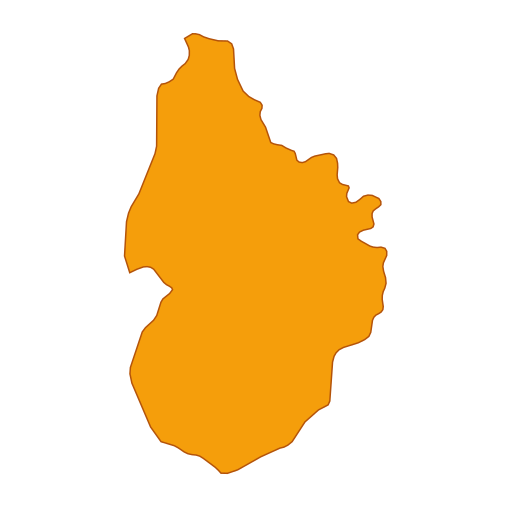 outline of Salaj, rotated 273°
{"feature_id": "ROU-300", "entity_name": "Salaj", "entity_type": "County", "adm_level": 1, "iso_a3": "ROU", "parent_name": "Romania", "parent_adm1": "", "projection": "mercator", "projection_center": [23.232, 47.144], "detail": "fine", "context": "isolated", "style": "filled", "palette": "amber", "viewbox_px": 512, "rotation_deg": 273, "n_neighbors": 0, "source": "natural_earth", "source_scale": "10m", "svg_char_len": 2214}
<svg xmlns="http://www.w3.org/2000/svg" viewBox="0 0 512 512"><g transform="rotate(273 256 256)"><path d="M469.5,173.3L474.6,180.9L474.7,184.1L474.1,187.9L472.1,192.2L470.5,197.9L468.9,207.0L469.2,216.3L466.6,220.6L461.6,222.7L442.2,224.8L431.4,228.3L420.0,234.5L414.9,240.4L412.0,246.1L409.7,252.2L406.9,254.2L403.8,254.2L400.4,252.7L396.7,252.5L392.5,253.8L385.1,258.8L370.1,264.8L368.9,267.8L368.2,271.7L367.8,275.9L365.4,280.4L363.3,285.9L362.6,288.5L360.5,289.8L353.8,291.8L352.0,294.2L351.7,297.4L352.8,300.5L357.3,306.2L358.8,309.4L361.7,320.0L362.3,323.7L361.0,328.3L357.7,331.3L352.9,332.6L348.6,333.0L341.2,332.8L337.3,333.4L333.5,335.6L332.0,338.5L330.8,344.6L328.9,345.4L323.3,343.4L320.0,343.3L315.2,345.5L313.8,348.8L314.9,353.0L317.9,356.7L321.3,360.2L322.7,364.6L322.6,368.9L319.8,375.7L316.9,377.8L313.8,378.0L311.5,375.9L309.4,373.1L307.2,370.7L304.5,369.7L301.0,369.9L294.1,372.1L291.2,371.4L289.5,369.2L287.4,361.9L285.3,358.1L282.5,356.3L278.5,356.9L276.3,360.3L271.9,369.2L271.0,372.6L270.8,376.5L271.4,380.4L270.4,384.4L267.5,386.3L263.4,386.5L255.9,383.6L252.2,383.2L247.5,384.2L241.1,386.5L235.5,387.3L230.7,386.3L227.1,384.9L223.3,384.2L219.3,384.3L212.2,385.7L209.1,385.5L206.6,383.9L204.9,381.6L203.3,378.9L201.0,376.9L197.9,375.7L185.8,374.6L181.6,372.9L178.2,368.9L174.7,362.7L169.3,348.2L166.7,343.8L163.5,341.0L159.9,339.2L154.1,338.0L115.0,337.3L111.1,335.8L105.6,326.5L92.9,313.6L72.5,301.8L68.8,297.7L66.6,293.9L65.4,289.9L55.7,271.2L41.5,248.9L37.5,238.9L37.3,232.4L40.0,229.7L42.9,226.3L51.2,213.9L53.2,210.3L54.1,206.6L54.3,202.5L55.0,198.3L56.6,194.5L60.4,188.3L62.3,184.3L65.6,170.9L79.7,159.7L122.6,138.7L131.7,136.3L138.1,136.4L174.2,146.4L178.7,149.4L186.5,157.1L191.4,160.0L204.9,163.5L208.3,165.3L214.0,171.7L218.0,174.4L219.8,173.5L221.2,171.3L222.7,168.1L224.8,165.3L237.5,154.5L239.2,151.4L239.7,147.9L239.2,144.1L236.5,137.7L232.7,130.8L249.1,124.7L283.5,124.9L292.2,126.5L298.7,128.8L311.9,135.8L352.9,149.8L360.4,151.0L410.7,148.7L418.4,150.0L422.7,152.6L423.5,156.4L425.4,160.2L428.3,164.1L434.9,167.1L438.7,169.4L441.8,172.2L444.4,175.2L448.8,178.0L452.8,178.9L457.6,178.7L461.2,177.6L469.5,173.3Z" fill="#f59e0b" stroke="#b45309" stroke-width="1.5"/></g></svg>